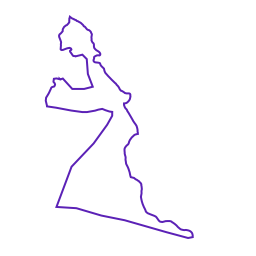 outline of Derniere Riviere, Dennery, Saint Lucia, rotated 194°
{"feature_id": "8701671B84632828581630", "entity_name": "Derniere Riviere", "entity_type": "district", "adm_level": 2, "iso_a3": "LCA", "parent_name": "Saint Lucia", "parent_adm1": "Dennery", "projection": "albers", "projection_center": [-60.925, 13.955], "detail": "fine", "context": "isolated", "style": "outline", "palette": "violet", "viewbox_px": 256, "rotation_deg": 194, "n_neighbors": 0, "source": "geoboundaries", "source_scale": "gbopen_adm2", "svg_char_len": 5211}
<svg xmlns="http://www.w3.org/2000/svg" viewBox="0 0 256 256"><g transform="rotate(194 128 128)"><path d="M38.8,37.8L39.3,39.6L40.1,41.1L40.8,41.9L42.1,42.7L43.0,43.0L44.3,43.2L45.5,43.2L47.1,43.1L48.8,42.5L50.3,42.4L51.4,42.4L52.0,42.4L53.0,42.7L55.5,43.9L57.4,45.2L59.4,46.2L61.4,47.0L62.3,47.2L63.1,47.7L63.8,47.8L64.9,47.8L66.1,47.5L67.7,47.1L69.0,46.7L70.6,45.8L71.9,45.1L72.7,45.0L74.0,44.9L74.5,45.0L75.1,45.3L75.8,45.7L76.6,46.4L77.3,47.0L78.7,48.2L79.5,48.7L81.0,49.1L82.5,49.3L85.7,49.7L88.3,50.1L89.6,50.7L90.5,51.3L91.0,52.2L92.1,53.6L93.5,55.2L95.4,57.8L96.8,60.1L97.8,62.1L98.8,64.3L98.8,64.8L98.9,65.5L99.0,67.6L99.4,69.2L99.7,70.1L99.7,70.7L99.8,72.1L100.2,73.2L100.7,74.6L101.4,76.0L101.4,76.5L101.6,76.8L102.2,77.5L103.7,78.4L104.7,79.1L105.9,79.4L106.7,79.8L108.2,80.1L109.5,80.7L110.1,81.0L113.1,81.0L113.4,81.0L113.7,81.5L114.0,81.9L114.9,83.7L115.7,85.4L116.7,87.0L117.9,88.9L119.3,90.7L119.9,91.3L121.2,92.9L121.9,94.7L122.8,96.8L123.1,98.6L123.6,99.8L124.1,100.6L125.0,102.3L125.2,103.2L125.8,104.9L126.2,106.3L126.3,107.4L125.9,108.9L125.1,110.6L124.0,112.1L123.8,112.6L123.6,113.6L123.6,115.0L123.2,117.0L122.6,118.4L122.1,119.7L121.3,120.9L120.1,122.8L119.2,123.5L117.4,124.5L117.0,124.6L117.3,125.8L117.8,126.7L118.2,128.2L118.6,129.2L119.3,130.6L120.3,132.2L121.8,133.6L122.8,134.4L123.8,135.3L124.5,135.9L125.3,136.8L127.5,139.1L131.3,143.0L132.1,143.7L132.6,144.1L133.1,144.9L134.0,145.8L135.1,146.4L136.2,147.5L137.3,149.1L137.7,150.2L137.8,150.9L137.4,151.0L136.0,151.6L134.9,152.6L133.8,154.5L133.5,155.3L133.2,156.3L133.2,158.0L133.3,159.4L133.6,160.0L133.7,160.7L133.8,160.9L134.0,161.2L134.2,161.5L134.8,161.8L135.2,161.8L135.9,161.7L137.9,161.2L139.5,161.2L139.6,161.3L141.1,161.9L142.6,162.4L143.9,162.5L144.2,162.8L145.2,163.4L145.5,163.8L146.8,165.3L148.0,166.3L149.5,167.2L150.6,168.2L151.2,168.4L153.1,169.5L155.7,171.0L157.4,172.1L160.0,173.7L161.7,174.9L163.2,175.9L164.0,176.8L164.4,177.4L164.5,177.5L164.9,178.2L165.7,179.8L166.7,180.4L168.3,181.3L169.2,181.9L170.1,182.8L170.3,183.1L170.6,183.7L170.9,184.0L171.2,184.2L171.5,184.2L172.4,184.2L173.4,184.1L174.8,183.9L175.5,183.8L176.0,183.8L176.7,184.0L177.2,184.3L177.5,184.6L177.7,184.9L177.8,185.3L177.8,185.8L177.9,186.2L177.7,186.9L177.8,187.7L178.0,188.2L178.0,188.7L177.9,188.9L177.8,189.1L177.2,189.7L176.9,190.0L176.5,190.3L175.8,190.9L175.6,191.0L175.2,191.1L174.4,191.4L173.6,191.4L173.1,191.6L172.9,191.8L172.7,192.3L172.7,192.7L172.8,193.2L173.4,194.0L174.1,194.6L175.2,195.1L176.1,195.4L177.5,195.8L177.9,196.0L178.4,196.3L179.2,196.8L179.4,196.9L179.9,197.4L180.2,197.6L180.6,198.5L180.9,199.2L181.0,199.8L181.1,200.1L181.3,200.8L181.5,201.2L181.8,201.6L182.1,201.9L182.5,202.1L183.0,202.3L183.4,202.7L183.9,203.3L184.4,203.9L184.7,204.4L184.7,204.8L184.8,205.4L184.9,205.7L185.0,206.0L185.4,207.1L185.5,207.5L185.5,207.9L185.5,208.2L185.6,209.0L185.7,210.1L186.0,210.6L186.5,211.1L186.8,211.5L187.1,212.0L187.4,212.3L187.6,212.5L188.2,212.9L189.2,213.4L189.5,213.5L190.6,213.5L191.1,213.7L191.6,213.8L192.2,214.2L192.7,214.6L193.5,215.2L193.7,215.4L194.2,215.7L194.6,215.9L194.9,216.0L195.4,216.0L195.5,216.1L195.8,216.3L196.1,216.7L196.9,217.3L197.7,217.7L197.9,217.8L198.5,218.2L199.1,218.5L200.0,218.8L201.3,219.1L202.2,219.4L202.8,219.5L203.1,219.5L203.6,219.5L203.9,219.6L204.3,220.0L204.6,220.1L205.5,220.2L206.2,220.2L206.6,220.5L207.1,220.5L207.8,220.7L208.4,220.7L208.9,220.9L209.3,221.0L209.8,221.2L210.2,221.4L211.3,221.9L211.3,220.9L211.3,220.4L211.4,220.0L211.3,219.5L211.0,218.4L211.0,217.9L210.8,217.3L210.7,217.1L210.6,216.8L210.6,216.2L210.8,216.0L210.9,215.7L211.1,215.0L211.4,214.5L211.7,214.0L212.1,213.2L212.3,213.0L213.0,212.5L213.4,212.1L213.5,211.9L213.7,211.6L213.9,211.3L214.2,211.0L214.5,210.5L214.7,209.7L215.0,208.7L215.1,208.2L215.1,207.6L215.1,207.4L214.9,206.7L214.8,206.3L214.9,205.9L215.1,205.5L215.3,205.0L215.7,204.4L215.8,204.0L216.1,203.5L216.4,203.2L217.0,202.3L217.0,202.1L217.2,201.7L217.2,201.2L217.2,200.7L217.0,200.3L216.8,199.7L216.5,199.3L216.1,198.8L215.9,198.4L215.2,197.5L213.9,195.5L213.6,194.8L213.5,193.6L213.3,192.6L213.1,192.2L213.0,191.7L212.7,189.8L212.5,189.0L212.5,188.4L212.4,188.1L211.9,187.7L211.2,187.6L210.9,187.7L210.4,187.9L210.1,188.0L209.6,188.3L208.8,188.9L208.2,189.3L207.5,189.8L206.9,190.2L206.6,190.4L205.5,191.0L204.1,191.6L203.8,191.6L202.8,191.4L202.4,191.2L202.2,190.9L201.9,190.4L202.0,190.1L202.3,189.7L202.9,189.0L202.9,188.7L202.8,188.3L202.7,188.1L202.2,187.7L200.9,186.6L199.0,184.9L198.5,184.7L198.1,184.7L196.6,185.0L196.3,184.8L190.0,188.1L184.7,184.9L180.0,170.7L172.2,159.5L180.0,155.3L191.5,152.4L203.2,160.2L203.5,159.9L205.7,158.9L205.9,159.0L205.8,158.8L209.3,158.8L210.6,158.3L211.8,157.8L211.6,155.6L211.5,154.8L209.9,153.6L209.3,152.6L209.3,152.1L209.3,151.7L209.6,150.5L211.6,149.3L212.0,148.8L212.2,148.4L212.3,147.5L213.1,143.3L213.4,142.1L214.4,138.8L214.8,137.7L214.4,134.6L211.9,129.8L211.8,129.4L202.7,130.3L187.4,131.2L176.3,132.4L171.5,133.6L164.1,136.9L161.3,138.6L157.6,140.3L154.1,139.8L150.0,139.5L147.2,139.8L146.3,136.0L149.0,126.1L157.6,104.7L173.4,76.8L178.3,34.1L158.7,37.7L132.7,36.6L108.9,37.7L65.3,36.2L43.1,35.8L38.8,37.8Z" fill="none" stroke="#5b21b6" stroke-width="2"/></g></svg>